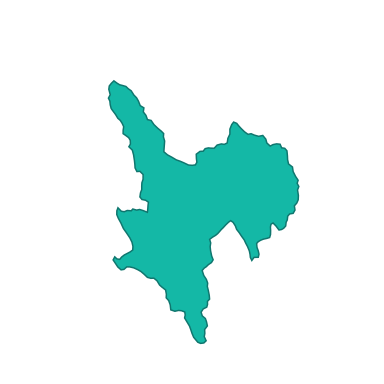 Perdões, Minas Gerais, Brazil, rotated 329°
{"feature_id": "56859067B51659935012852", "entity_name": "Perdões", "entity_type": "district", "adm_level": 2, "iso_a3": "BRA", "parent_name": "Brazil", "parent_adm1": "Minas Gerais", "projection": "equal_earth", "projection_center": [-45.073, -21.063], "detail": "fine", "context": "isolated", "style": "filled", "palette": "teal", "viewbox_px": 384, "rotation_deg": 329, "n_neighbors": 0, "source": "geoboundaries", "source_scale": "gbopen_adm2", "svg_char_len": 3351}
<svg xmlns="http://www.w3.org/2000/svg" viewBox="0 0 384 384"><g transform="rotate(329 192 192)"><path d="M263.7,153.5L260.7,154.7L256.9,157.6L254.3,161.9L250.4,164.5L247.4,168.1L244.2,167.8L241.9,165.9L237.7,164.7L233.6,165.9L231.0,164.3L228.7,162.6L225.6,161.6L222.6,162.8L219.8,161.3L215.1,161.8L212.9,165.8L211.5,169.0L208.9,170.5L206.0,169.3L202.9,167.1L200.0,162.7L197.6,159.4L195.1,156.4L192.7,151.9L190.1,147.5L188.6,143.0L190.7,140.0L192.7,137.2L194.8,134.2L195.9,130.0L197.8,127.3L197.0,124.0L195.5,119.8L194.1,114.6L193.8,109.6L191.1,107.0L192.0,102.6L191.5,98.3L194.1,95.1L192.1,91.3L192.9,86.5L193.0,82.7L192.1,78.9L192.0,73.9L190.6,70.8L189.7,67.5L187.5,65.1L185.2,62.8L183.8,60.1L182.3,56.5L178.8,57.3L175.7,58.5L173.6,61.1L172.0,66.5L168.7,68.5L168.4,71.8L166.8,75.2L165.7,78.9L166.0,82.2L166.4,86.3L166.4,90.6L167.4,93.7L167.5,97.0L167.1,100.8L164.8,103.6L163.0,106.5L164.4,109.6L165.7,112.8L165.7,115.9L163.9,119.2L161.2,120.7L162.4,125.4L161.0,130.2L158.8,135.5L157.1,139.2L155.6,142.0L155.3,146.1L158.0,147.5L159.1,151.8L156.6,155.9L153.8,158.3L151.9,161.1L150.2,164.0L147.4,166.2L144.8,169.4L145.2,172.6L148.0,175.2L149.4,178.3L147.5,180.7L145.7,183.3L143.3,186.4L140.6,182.8L138.1,180.0L135.2,179.0L132.5,176.1L130.2,176.8L127.0,174.5L123.8,174.0L121.5,172.1L120.4,167.4L117.9,169.4L115.9,172.6L115.3,176.6L115.1,181.9L114.4,188.0L114.8,193.1L115.1,199.2L114.7,204.1L113.3,208.3L111.3,211.2L108.0,211.5L104.8,211.3L101.5,211.1L98.2,211.5L95.3,212.5L93.2,210.7L92.4,207.8L89.4,209.6L89.6,213.4L89.8,218.1L91.1,222.2L93.8,223.3L97.5,222.6L100.0,224.1L103.0,227.0L105.6,230.8L107.3,233.9L108.6,237.8L109.8,242.2L112.3,244.8L114.9,246.2L116.3,250.1L116.3,255.0L117.2,257.9L118.9,262.4L117.4,266.4L115.4,269.4L116.1,273.1L115.2,277.5L113.1,282.1L115.9,285.4L119.5,286.6L121.9,288.4L124.0,291.1L122.8,294.0L120.8,296.1L120.8,299.6L120.8,305.6L120.1,309.2L119.2,313.2L118.6,317.4L119.1,320.7L119.6,323.8L121.4,326.2L124.4,327.5L127.5,326.8L128.0,322.3L130.2,319.8L132.0,316.4L136.2,314.7L137.6,310.7L138.3,307.3L137.0,303.5L137.9,299.7L141.4,298.0L145.3,298.3L147.4,296.4L148.9,293.7L151.9,292.9L153.6,289.4L155.3,284.7L156.5,280.8L158.5,278.2L159.3,274.3L159.1,269.6L160.3,264.5L163.4,263.5L165.7,263.4L168.7,262.7L172.3,262.5L175.2,261.0L175.9,257.0L177.6,252.1L179.4,248.2L181.8,245.3L182.7,241.7L186.1,241.3L190.0,241.3L192.6,240.9L195.2,240.1L197.6,239.3L200.2,238.7L203.9,237.6L207.8,236.7L210.4,236.5L211.6,239.2L211.7,243.4L211.0,247.0L211.5,251.1L211.7,255.5L212.1,259.9L211.7,263.5L211.5,267.4L210.8,272.0L209.6,275.4L208.3,278.2L208.0,281.5L211.5,280.0L215.2,282.1L217.4,279.8L218.5,276.5L219.2,272.9L220.9,269.4L223.2,268.7L225.9,268.7L229.0,269.2L232.2,270.3L235.1,271.0L237.4,268.9L239.5,265.6L241.2,262.4L243.1,260.3L245.5,260.3L246.5,264.5L247.0,269.4L249.5,270.3L251.9,270.3L254.8,269.4L257.1,266.4L259.3,265.0L261.6,262.0L264.4,261.1L267.7,262.4L271.0,260.5L272.6,256.6L276.0,255.5L279.0,253.4L281.4,249.8L283.5,244.6L286.4,242.3L286.6,238.7L289.0,236.6L288.8,232.0L289.2,226.6L291.0,222.3L289.2,217.7L290.6,213.5L292.4,210.2L294.6,205.6L294.0,202.3L291.6,200.3L292.1,196.4L289.3,194.3L285.9,193.1L282.7,192.9L281.4,188.5L282.5,184.7L281.8,180.0L277.8,178.6L274.7,175.3L272.7,172.5L269.7,171.4L268.0,167.4L266.8,162.8L266.1,159.4L265.7,156.2L263.7,153.5Z" fill="#14b8a6" stroke="#0f766e" stroke-width="1.5"/></g></svg>